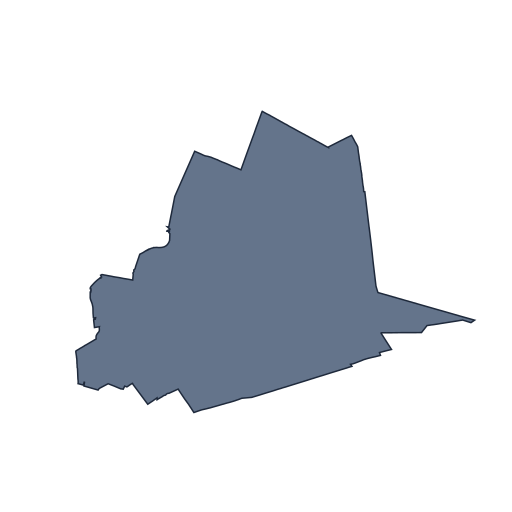 De Bilt, Utrecht, Netherlands (Albers equal-area conic projection), rotated 78°
{"feature_id": "6326949B89861616771264", "entity_name": "De Bilt", "entity_type": "district", "adm_level": 2, "iso_a3": "NLD", "parent_name": "Netherlands", "parent_adm1": "Utrecht", "projection": "albers", "projection_center": [5.169, 52.145], "detail": "fine", "context": "isolated", "style": "filled", "palette": "slate", "viewbox_px": 512, "rotation_deg": 78, "n_neighbors": 0, "source": "geoboundaries", "source_scale": "gbopen_adm2", "svg_char_len": 5928}
<svg xmlns="http://www.w3.org/2000/svg" viewBox="0 0 512 512"><g transform="rotate(78 256 256)"><path d="M364.2,55.5L356.7,69.8L349.6,83.1L346.5,89.0L317.1,144.3L314.4,144.6L310.3,144.9L304.9,144.4L285.2,142.6L284.2,142.5L277.7,141.8L272.6,141.3L264.1,140.5L251.6,139.4L251.1,139.4L247.8,139.1L215.7,136.2L215.4,137.3L214.4,137.1L213.0,136.9L212.3,136.8L210.7,136.7L209.7,136.7L209.3,136.7L205.6,136.4L205.3,136.4L205.2,136.3L204.9,136.3L204.2,136.2L199.5,135.9L199.4,135.9L199.2,135.7L196.6,135.5L196.4,135.5L195.6,135.5L194.0,135.4L193.5,135.5L192.1,135.3L191.1,135.2L190.8,135.2L190.4,135.1L190.0,135.1L189.6,135.1L189.3,135.1L187.8,135.0L187.6,134.9L187.5,135.0L186.8,134.9L185.6,134.9L184.4,134.9L183.6,134.8L181.9,134.7L180.1,134.5L179.4,134.5L178.9,134.4L177.9,134.4L176.1,134.3L170.4,133.8L169.9,133.9L168.0,134.4L166.7,134.8L164.7,135.5L162.0,136.2L160.4,136.7L159.4,137.0L157.9,137.5L158.0,137.9L158.8,141.2L159.1,142.5L159.7,144.7L160.3,146.8L160.5,147.8L164.4,162.4L164.5,162.6L164.9,162.6L165.0,162.6L164.5,163.2L163.3,164.7L161.3,167.0L159.4,169.1L159.2,169.4L159.1,169.6L158.6,170.1L157.3,171.5L157.1,171.8L156.9,172.1L156.8,172.3L155.1,174.1L150.8,179.2L149.6,180.5L148.5,181.9L147.2,183.3L146.4,184.3L146.2,184.6L144.8,186.2L143.3,188.0L139.1,192.8L138.3,193.8L138.1,194.0L136.2,196.3L134.4,198.2L134.0,198.6L133.8,198.8L133.1,199.8L131.7,201.4L131.1,202.1L130.3,202.9L130.1,203.2L130.0,203.4L129.8,203.6L129.7,203.8L129.2,204.2L128.5,205.1L128.2,205.4L127.6,206.0L127.1,206.7L125.9,208.0L122.7,211.7L122.5,212.0L121.9,212.6L121.6,212.9L121.0,213.6L119.8,215.1L119.2,215.9L119.1,216.0L118.0,217.3L115.8,219.8L116.1,220.1L117.3,220.9L127.9,227.5L129.1,228.3L136.2,232.6L139.0,234.4L153.7,243.6L168.6,252.8L167.6,254.2L166.1,256.3L164.2,259.2L163.8,259.7L163.5,260.2L162.8,261.2L161.7,262.7L160.1,264.9L159.4,265.9L158.8,266.8L157.6,268.6L157.0,269.6L156.3,270.5L155.9,271.1L154.7,272.7L153.7,273.9L153.5,274.4L153.0,275.1L151.3,277.7L150.6,278.7L150.2,279.2L149.5,280.5L149.0,281.5L148.6,282.2L148.2,283.2L147.6,284.6L147.5,284.9L147.3,285.2L146.5,286.4L144.8,288.6L140.8,294.2L152.6,302.7L160.9,308.7L180.9,323.1L182.8,323.9L196.2,329.6L197.4,330.1L198.7,330.7L209.5,335.3L209.0,336.7L211.0,335.3L211.7,334.6L212.0,334.7L211.8,335.0L212.6,335.3L212.5,335.5L212.4,335.9L212.4,336.3L212.5,336.5L212.7,337.7L213.2,338.0L213.4,337.3L214.1,335.8L214.8,336.4L216.3,335.6L222.9,337.3L223.3,337.6L224.4,338.3L225.5,339.3L226.3,340.2L226.8,340.9L227.3,341.8L227.6,342.7L227.9,343.7L228.0,344.7L228.0,346.3L227.9,347.2L227.6,349.2L227.2,350.5L226.9,351.6L226.6,353.8L226.4,354.2L226.6,354.8L226.7,356.9L227.0,358.4L227.6,360.6L227.3,360.4L228.0,362.7L228.3,363.5L228.5,364.0L229.2,365.9L230.1,369.3L240.7,375.6L241.6,376.1L243.3,376.9L244.3,378.5L245.8,378.6L246.9,379.8L247.6,380.0L248.3,379.9L253.9,381.6L252.4,385.2L250.3,390.6L249.5,392.4L248.7,394.3L246.8,399.3L246.0,401.1L245.4,402.5L244.9,403.8L243.7,406.6L243.2,407.9L242.1,410.5L242.5,412.0L244.4,411.4L244.8,412.8L245.3,412.7L245.1,413.2L246.5,416.1L247.8,418.4L248.7,419.8L251.1,423.2L251.2,423.3L251.8,424.0L252.6,424.7L253.6,425.0L254.0,424.2L255.6,424.8L255.7,424.6L257.2,425.3L257.0,425.7L262.5,426.9L264.1,426.9L268.7,426.2L270.3,426.2L271.9,426.2L273.4,426.4L278.1,427.3L282.7,427.9L282.9,427.7L283.0,425.7L284.4,426.3L284.4,427.9L284.6,428.1L292.4,428.9L292.6,423.9L292.9,424.1L295.9,424.6L296.6,424.9L297.0,425.1L297.3,425.3L298.9,427.3L300.0,428.3L301.0,429.0L302.3,429.4L303.9,429.6L304.9,432.7L305.0,432.9L305.5,434.4L307.5,440.4L308.1,442.5L308.4,442.9L308.7,444.0L309.0,444.7L309.7,447.0L310.0,447.9L310.3,448.6L311.0,450.7L311.2,451.4L311.3,451.6L311.4,451.8L311.6,451.9L311.7,452.0L311.9,452.1L312.5,452.2L314.0,452.3L317.0,452.5L317.4,452.5L317.5,452.6L319.5,452.7L320.6,452.9L320.9,452.9L324.0,453.5L324.3,453.5L324.6,453.5L326.3,453.8L327.9,454.1L328.7,454.0L328.9,454.0L333.1,454.7L334.8,455.0L338.4,455.6L339.7,455.8L341.0,455.9L343.5,456.4L343.8,456.4L343.9,456.5L346.3,451.9L343.7,450.3L343.9,450.0L347.4,451.3L354.3,438.3L353.9,437.9L353.5,437.6L353.2,437.1L352.8,436.3L350.2,427.2L353.6,422.0L357.9,415.8L358.2,414.7L358.4,414.2L358.6,413.8L358.7,413.6L356.0,411.5L357.2,409.5L356.6,407.9L356.0,406.6L354.8,403.4L355.0,403.2L355.6,403.1L355.8,403.1L378.5,392.7L376.4,387.4L375.6,385.6L374.2,382.3L376.0,382.6L375.6,381.7L375.2,380.4L374.7,378.9L373.9,376.4L373.6,376.0L373.4,375.5L373.3,375.2L373.3,374.5L373.3,374.1L373.3,373.8L373.2,373.4L373.0,373.1L372.9,372.8L372.4,372.3L372.3,372.0L372.2,371.6L372.1,371.3L372.1,370.2L372.2,369.7L370.0,359.8L372.2,359.0L375.5,357.7L381.0,355.5L385.5,353.5L386.8,352.9L388.9,352.1L392.0,350.9L396.2,349.3L395.6,344.6L395.2,341.2L395.1,335.8L395.0,333.6L395.0,332.3L394.8,329.7L394.4,323.6L394.2,321.0L394.1,319.7L394.1,319.0L393.8,315.4L393.7,312.6L393.4,308.7L393.2,306.5L393.0,305.3L392.8,303.2L392.5,301.4L392.2,299.4L393.4,289.6L393.1,286.0L392.7,281.2L392.5,279.2L392.1,275.0L391.5,267.7L390.9,262.2L390.7,259.1L390.5,257.6L390.4,256.3L390.3,254.6L389.6,247.3L389.5,246.2L389.4,245.0L388.3,233.0L388.1,230.9L388.0,230.0L387.6,225.9L387.6,225.3L387.4,223.8L387.1,220.4L387.0,219.3L386.9,218.5L386.8,216.9L385.9,207.5L385.2,199.7L385.1,198.6L385.1,198.2L385.0,197.5L384.8,195.6L384.8,195.3L384.5,191.9L384.5,191.6L384.1,188.0L383.9,185.1L381.6,186.1L381.6,185.7L381.6,184.7L381.6,183.3L381.5,183.0L381.4,181.8L380.3,174.8L379.8,172.2L379.6,169.9L379.5,168.7L379.4,166.7L379.3,163.2L379.3,160.4L379.2,157.5L379.1,154.9L376.1,155.3L375.8,148.8L375.6,142.9L370.3,144.9L365.0,146.9L362.6,147.8L361.5,148.2L360.9,148.4L358.9,149.2L357.4,149.7L357.2,149.2L357.8,146.3L358.2,144.5L358.6,142.6L358.9,141.2L359.7,137.2L360.3,134.2L361.6,127.7L361.8,126.8L362.9,121.6L363.8,117.5L365.3,110.0L364.0,108.5L362.3,106.4L359.6,103.2L359.9,98.5L360.1,96.3L360.4,91.2L360.4,90.4L361.4,72.1L361.5,69.5L361.6,68.5L361.6,67.2L365.9,59.6L364.2,55.5Z" fill="#64748b" stroke="#1e293b" stroke-width="1.5"/></g></svg>